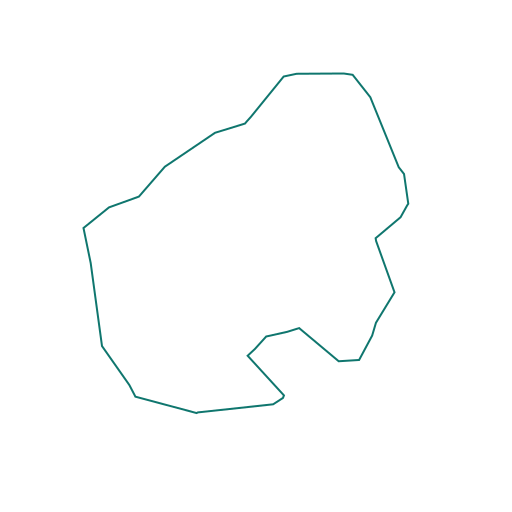 outline of Esit Eket, Akwa Ibom, Nigeria, rotated 150°
{"feature_id": "59680162B89342314449475", "entity_name": "Esit Eket", "entity_type": "district", "adm_level": 2, "iso_a3": "NGA", "parent_name": "Nigeria", "parent_adm1": "Akwa Ibom", "projection": "robinson", "projection_center": [8.072, 4.644], "detail": "fine", "context": "isolated", "style": "outline", "palette": "teal", "viewbox_px": 512, "rotation_deg": 150, "n_neighbors": 0, "source": "geoboundaries", "source_scale": "gbopen_adm2", "svg_char_len": 686}
<svg xmlns="http://www.w3.org/2000/svg" viewBox="0 0 512 512"><g transform="rotate(150 256 256)"><path d="M391.4,366.5L402.7,332.5L434.4,255.0L430.2,207.6L430.7,195.8L430.8,194.5L386.0,149.7L384.5,149.6L315.3,119.0L303.6,119.6L301.5,121.3L313.1,173.8L303.5,176.0L287.4,181.2L285.6,180.6L266.8,174.7L254.7,172.0L237.0,123.5L218.7,114.4L195.2,129.0L185.5,138.2L154.2,155.3L144.5,208.9L143.5,211.6L111.4,217.3L99.7,224.3L98.0,225.1L86.8,253.0L88.0,261.5L78.0,333.6L77.6,336.3L81.7,364.6L88.8,370.2L113.9,384.5L129.7,393.5L142.3,397.6L191.0,379.0L196.6,377.2L199.3,376.2L229.9,383.2L290.3,378.9L327.7,366.0L359.0,371.6L391.4,366.5Z" fill="none" stroke="#0f766e" stroke-width="2"/></g></svg>